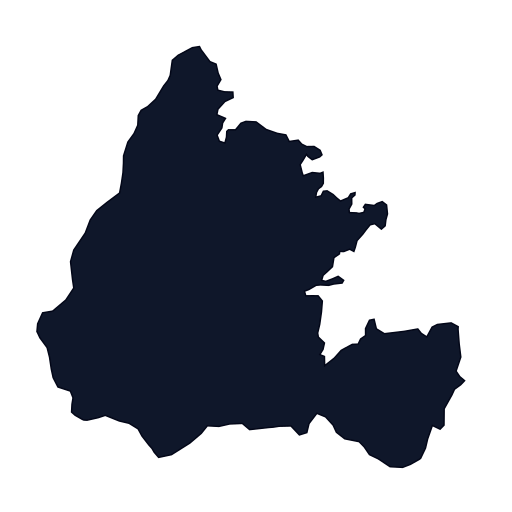 outline of Skarinou, Larnaca, Cyprus, rotated 93°
{"feature_id": "46923920B93275666945170", "entity_name": "Skarinou", "entity_type": "district", "adm_level": 2, "iso_a3": "CYP", "parent_name": "Cyprus", "parent_adm1": "Larnaca", "projection": "equal_earth", "projection_center": [33.355, 34.825], "detail": "fine", "context": "isolated", "style": "filled", "palette": "ink", "viewbox_px": 512, "rotation_deg": 93, "n_neighbors": 0, "source": "geoboundaries", "source_scale": "gbopen_adm2", "svg_char_len": 3054}
<svg xmlns="http://www.w3.org/2000/svg" viewBox="0 0 512 512"><g transform="rotate(93 256 256)"><path d="M49.8,323.4L51.3,330.5L59.5,344.1L64.9,349.8L80.1,351.1L85.3,353.1L91.0,357.1L104.7,364.4L112.5,372.0L116.5,378.3L121.9,380.9L131.6,380.9L140.1,384.2L148.9,389.9L162.9,393.5L170.4,393.2L179.8,393.2L190.5,394.2L200.2,395.5L210.2,407.5L219.0,417.4L228.7,423.4L242.0,427.7L259.6,438.3L271.4,440.9L289.0,438.0L297.5,436.3L309.9,443.6L321.7,456.2L323.9,466.1L335.1,470.5L343.0,470.8L343.9,470.2L349.0,467.5L358.4,459.8L367.8,456.9L379.6,454.5L388.1,452.2L397.2,446.9L400.3,435.4L400.6,434.3L407.2,431.3L413.6,432.0L421.5,432.0L424.5,428.3L428.2,421.0L428.8,419.4L428.8,416.1L425.7,405.1L423.0,398.2L427.9,383.9L429.7,374.0L434.8,364.7L441.8,360.4L450.3,353.1L453.6,349.8L457.3,347.4L462.2,342.7L458.8,330.0L446.3,312.3L436.0,301.4L428.1,295.7L428.1,284.1L425.1,273.5L423.9,260.9L429.7,253.3L426.6,234.4L426.0,229.8L424.8,224.1L423.9,212.2L432.4,203.3L429.7,196.0L420.6,194.3L409.9,187.0L413.0,178.1L420.9,170.1L427.8,166.5L433.9,157.8L436.0,143.3L440.9,138.0L448.4,132.3L452.1,123.4L459.4,111.1L459.4,98.5L456.0,90.9L450.3,82.0L449.4,81.0L439.0,76.7L429.6,75.0L416.0,71.0L419.3,63.1L415.1,59.4L398.7,60.1L384.5,53.1L378.7,50.8L373.9,44.9L369.6,41.2L365.8,46.2L360.5,50.2L346.2,46.2L333.2,48.5L318.6,50.4L316.0,50.4L312.6,57.6L314.9,71.3L317.8,76.4L327.9,81.2L324.6,86.9L320.4,90.6L323.5,104.0L326.9,123.7L322.4,132.0L313.0,134.8L314.2,139.3L322.7,142.8L329.7,142.4L333.4,147.2L338.7,149.4L339.2,155.2L343.3,162.0L345.8,166.0L353.8,172.4L362.0,181.7L352.8,182.4L351.1,187.1L345.8,184.2L339.3,183.1L333.7,189.5L329.7,190.4L320.9,188.8L308.4,187.7L297.5,187.4L292.5,191.9L292.8,198.4L293.2,204.2L288.6,205.8L286.8,201.6L282.1,194.4L281.5,190.1L281.5,181.9L279.9,176.9L278.5,168.6L275.7,167.2L272.0,172.9L274.7,178.2L277.7,185.0L276.9,189.2L271.8,188.0L267.6,183.8L262.7,179.1L253.6,178.1L249.5,172.8L247.1,172.7L246.9,168.5L244.3,162.8L246.3,158.5L242.1,157.3L235.3,155.9L228.6,150.5L224.4,147.7L218.9,143.7L217.5,139.0L222.6,132.2L219.1,128.6L213.0,128.2L207.1,126.9L198.2,128.3L195.1,132.8L197.2,137.8L199.4,140.5L198.7,149.5L201.7,151.3L203.2,149.5L206.8,150.6L208.1,155.3L207.7,158.0L207.8,165.0L204.3,165.6L199.1,163.1L193.0,163.5L189.9,160.4L187.5,160.4L189.0,164.7L193.0,166.9L196.7,174.5L193.7,178.6L190.6,182.2L187.2,188.4L187.8,192.1L192.5,194.1L194.2,199.5L189.3,198.9L185.6,197.2L183.1,194.2L179.9,192.6L174.7,192.8L168.8,193.5L170.1,196.3L169.7,204.2L173.4,213.0L170.6,214.2L162.4,216.7L157.9,214.1L151.8,210.9L153.8,209.4L156.9,204.9L153.7,197.6L151.5,195.4L147.1,197.5L143.6,203.7L144.1,211.1L141.9,216.2L138.1,219.9L139.9,228.8L133.5,232.5L132.4,241.2L129.1,252.5L122.1,262.9L122.1,273.1L124.2,278.0L131.1,283.1L131.4,290.1L133.1,291.7L138.9,291.7L144.8,293.0L143.3,298.6L137.3,301.2L129.9,296.8L124.9,296.3L120.2,293.7L116.9,302.5L111.4,301.7L103.4,295.2L99.0,287.1L93.5,287.7L93.7,296.1L92.4,302.8L88.4,303.8L81.7,300.3L75.3,303.4L66.5,305.9L64.3,312.2L53.0,321.6L49.8,323.4Z" fill="#0f172a" stroke="#020617" stroke-width="1.5"/></g></svg>